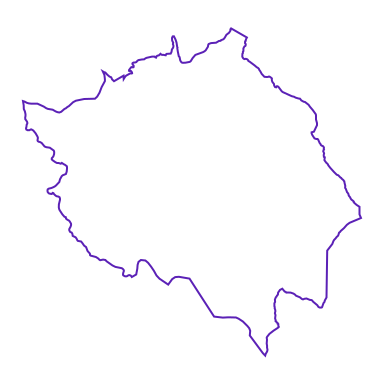 outline of Tlaxco, Puebla, Mexico, rotated 270°
{"feature_id": "50627088B52665331033665", "entity_name": "Tlaxco", "entity_type": "district", "adm_level": 2, "iso_a3": "MEX", "parent_name": "Mexico", "parent_adm1": "Puebla", "projection": "orthographic", "projection_center": [-98.045, 20.402], "detail": "fine", "context": "isolated", "style": "outline", "palette": "violet", "viewbox_px": 384, "rotation_deg": 270, "n_neighbors": 0, "source": "geoboundaries", "source_scale": "gbopen_adm2", "svg_char_len": 5949}
<svg xmlns="http://www.w3.org/2000/svg" viewBox="0 0 384 384"><g transform="rotate(270 192 192)"><path d="M48.5,249.8L30.8,262.9L28.4,265.2L30.1,265.7L32.5,267.1L34.1,267.5L36.8,267.0L38.0,267.1L40.5,266.7L44.3,267.0L46.3,266.7L47.2,267.1L50.2,269.5L53.3,273.5L56.2,277.9L57.1,278.8L57.8,278.4L59.9,278.3L60.2,277.7L60.7,277.8L61.2,277.4L61.6,276.6L62.5,276.3L62.8,275.6L64.0,275.6L65.6,275.1L68.9,275.5L70.8,274.9L72.9,275.4L74.7,275.1L75.5,274.7L77.1,274.7L77.7,274.4L80.7,274.4L82.1,275.1L84.4,274.9L86.7,275.8L87.5,276.6L88.3,276.9L89.4,277.9L91.4,278.1L94.1,280.0L95.3,282.3L92.4,284.7L92.2,285.6L91.4,286.3L91.5,287.0L91.4,290.6L90.4,293.5L89.4,295.0L88.3,296.0L86.7,299.9L85.0,301.9L84.6,303.0L85.2,304.4L85.5,306.5L84.1,309.9L84.0,311.2L83.6,312.1L82.3,313.1L78.8,317.3L77.1,318.4L76.5,319.5L76.4,320.6L76.5,321.7L76.9,322.1L80.9,323.5L82.1,324.5L83.5,324.8L86.5,326.5L133.4,327.2L140.0,332.3L142.9,333.4L144.2,334.2L145.5,335.5L147.1,336.7L148.0,337.8L148.8,338.3L151.4,339.1L152.1,340.1L153.0,340.7L155.8,343.9L159.2,346.9L161.2,349.6L166.0,361.0L169.6,359.5L177.2,359.5L179.1,356.6L181.2,354.2L181.8,354.0L182.1,353.6L182.5,353.7L183.2,353.0L184.5,351.3L185.7,350.5L186.6,350.2L188.2,348.9L188.9,348.6L189.8,348.5L191.3,347.6L191.7,347.1L195.2,345.8L195.8,345.3L196.7,345.1L198.0,345.3L201.3,344.5L202.7,344.3L203.0,343.9L203.9,343.4L205.3,341.7L206.1,341.2L206.4,340.5L208.7,338.3L209.3,336.7L212.1,333.9L216.1,330.3L218.8,328.2L219.5,328.0L220.5,327.2L221.1,326.4L223.4,324.7L223.9,324.4L226.7,324.8L227.1,323.9L228.9,323.7L230.7,324.1L232.8,323.2L233.9,323.6L234.4,324.0L235.0,323.7L236.1,324.0L237.1,323.6L237.9,322.9L238.4,321.6L239.1,320.8L240.0,320.5L240.9,319.7L244.3,318.2L245.0,317.6L245.0,316.3L245.6,314.5L248.8,312.4L250.6,311.6L251.7,311.6L252.3,313.9L258.8,317.0L260.9,317.0L264.5,316.0L268.6,316.0L269.7,315.8L273.9,312.8L277.3,309.9L279.2,308.6L282.0,305.0L282.3,303.6L283.6,301.3L285.3,300.0L285.5,298.5L286.4,295.5L287.2,294.2L287.8,291.8L292.0,282.6L292.9,281.6L297.3,278.3L297.8,277.1L297.7,276.7L296.7,276.2L296.9,275.1L298.4,274.2L300.2,273.9L301.7,272.6L303.1,272.0L304.0,271.8L305.5,271.9L306.0,271.5L307.2,269.8L307.5,269.0L307.1,268.1L307.0,266.8L307.2,264.4L310.1,261.7L312.7,260.3L313.9,259.4L315.1,258.9L316.0,258.1L316.8,256.7L318.6,254.6L322.5,249.4L322.9,248.5L324.2,247.8L324.7,247.2L325.2,245.8L324.9,244.3L325.7,243.2L327.3,242.3L330.2,242.4L330.9,242.9L332.2,242.9L332.9,243.4L335.5,243.4L336.4,243.8L337.5,244.4L338.1,245.4L339.0,245.7L339.9,245.7L340.9,245.0L342.5,245.1L342.8,245.2L343.1,245.7L344.5,245.9L346.5,246.9L355.6,231.1L354.7,230.4L353.5,230.5L351.3,229.1L349.2,226.4L346.4,224.8L345.2,223.9L344.6,223.1L343.8,221.0L343.2,220.6L343.0,218.9L341.3,216.1L340.9,211.0L340.0,208.7L339.4,208.3L337.2,207.9L333.7,205.7L332.7,204.5L331.9,203.1L329.1,195.4L326.0,192.7L322.8,190.7L322.1,189.7L321.3,185.4L321.2,182.8L321.5,181.7L322.4,180.9L323.7,180.2L326.9,179.6L327.7,178.8L332.5,177.8L335.8,177.3L336.5,177.5L337.0,177.2L341.5,176.5L344.5,175.5L347.7,173.9L347.6,172.7L346.0,172.0L343.8,172.1L342.6,172.5L341.4,173.2L339.8,172.9L338.6,173.4L337.4,173.4L336.3,173.1L334.5,171.9L332.1,171.5L330.4,170.7L330.1,166.5L329.8,166.2L328.7,165.7L329.2,163.1L329.1,162.6L329.3,161.4L330.2,160.5L328.6,158.8L328.3,157.4L327.7,156.5L326.4,156.1L326.6,155.4L327.4,154.5L327.4,152.1L326.2,146.7L325.7,145.5L324.7,144.2L324.5,141.7L323.9,138.4L323.1,137.3L322.0,136.4L321.6,135.5L321.4,133.4L320.9,132.6L320.4,132.4L319.6,132.6L318.4,133.6L317.8,133.7L316.8,133.5L316.6,132.9L317.0,131.9L316.7,131.1L314.1,129.1L313.2,129.0L313.0,129.6L313.1,130.4L312.9,131.1L311.6,132.0L310.7,132.1L310.5,131.7L310.6,130.2L308.5,126.4L307.7,125.4L305.0,123.7L308.3,123.5L302.8,114.0L304.6,112.1L306.7,111.2L307.4,109.5L309.3,107.3L311.5,105.3L311.8,104.1L312.6,102.8L309.1,104.4L304.8,104.9L302.9,104.9L296.8,101.6L291.3,99.5L287.4,97.2L285.3,95.0L285.0,84.2L283.3,75.9L281.8,73.1L277.8,68.8L277.1,67.5L275.6,65.7L275.1,64.5L272.2,61.2L271.5,59.3L271.9,57.3L272.6,55.6L274.3,52.7L275.1,47.9L275.8,46.2L277.4,43.8L280.3,37.5L280.3,31.5L280.6,28.8L281.2,26.8L282.3,24.8L282.9,23.0L278.7,23.7L275.0,23.8L272.6,24.9L269.8,25.5L267.9,25.5L266.7,25.2L264.8,25.3L262.4,27.0L261.5,27.3L260.4,27.3L259.4,26.7L257.0,26.4L255.8,26.0L254.5,26.3L253.8,27.5L253.8,29.4L254.5,30.6L254.6,31.4L253.5,33.3L250.7,35.6L247.4,37.5L246.1,37.9L243.7,37.5L242.9,37.8L242.3,38.6L242.0,39.9L241.1,41.6L237.5,44.6L236.8,46.3L236.3,49.8L233.4,53.8L232.0,54.2L229.9,54.1L227.5,53.3L225.8,51.8L224.8,51.7L223.9,52.4L221.8,55.4L221.0,57.0L221.0,58.6L220.3,60.8L221.1,61.8L219.8,63.7L219.3,64.8L217.8,66.8L216.9,67.0L215.3,67.0L212.4,66.7L210.0,65.9L208.7,62.7L207.8,61.7L204.7,60.0L202.0,59.3L198.5,56.0L197.5,54.7L196.7,53.1L196.0,51.4L195.3,48.6L194.6,47.7L193.7,47.5L192.2,47.6L191.3,48.2L190.5,49.1L190.0,51.4L190.3,52.2L191.1,52.6L190.9,53.4L189.9,54.0L188.5,55.5L187.8,56.5L187.4,58.5L186.7,59.6L185.3,60.0L184.2,60.0L179.7,58.9L176.7,58.8L175.1,59.1L173.7,59.7L169.6,62.4L167.2,64.5L166.8,65.8L165.4,66.0L164.3,67.3L163.4,69.0L162.6,69.7L160.4,71.0L159.1,71.1L157.4,70.6L155.0,69.3L154.0,69.2L153.0,69.6L152.1,70.1L151.4,71.7L150.1,72.4L148.1,72.7L146.7,75.6L145.3,76.6L143.6,77.4L143.1,77.9L142.5,81.1L140.9,82.4L138.4,84.1L136.9,86.1L133.1,87.5L131.8,88.6L131.0,89.4L130.3,89.9L128.8,90.1L128.4,90.6L127.0,95.9L125.6,98.1L124.2,99.5L123.8,100.2L124.4,103.1L124.0,105.4L122.7,106.6L118.6,112.4L117.1,115.4L115.8,121.8L115.0,122.9L114.0,123.7L113.1,123.9L111.0,123.2L109.7,123.0L108.7,123.2L107.8,124.7L107.6,126.0L107.8,127.0L108.7,128.4L108.9,129.4L108.5,130.6L107.7,131.4L107.0,131.8L109.5,136.2L115.3,137.3L119.1,137.6L122.1,138.5L124.0,140.9L123.5,145.4L121.2,148.1L117.2,151.2L113.2,153.9L108.5,156.5L105.3,159.5L99.4,168.2L104.9,172.2L106.9,175.2L107.2,178.9L105.4,189.5L67.4,214.1L66.4,222.8L66.7,228.6L66.5,236.0L65.3,238.6L62.5,242.9L58.0,247.4L55.8,249.2L53.2,250.2L48.5,249.8Z" fill="none" stroke="#5b21b6" stroke-width="2"/></g></svg>